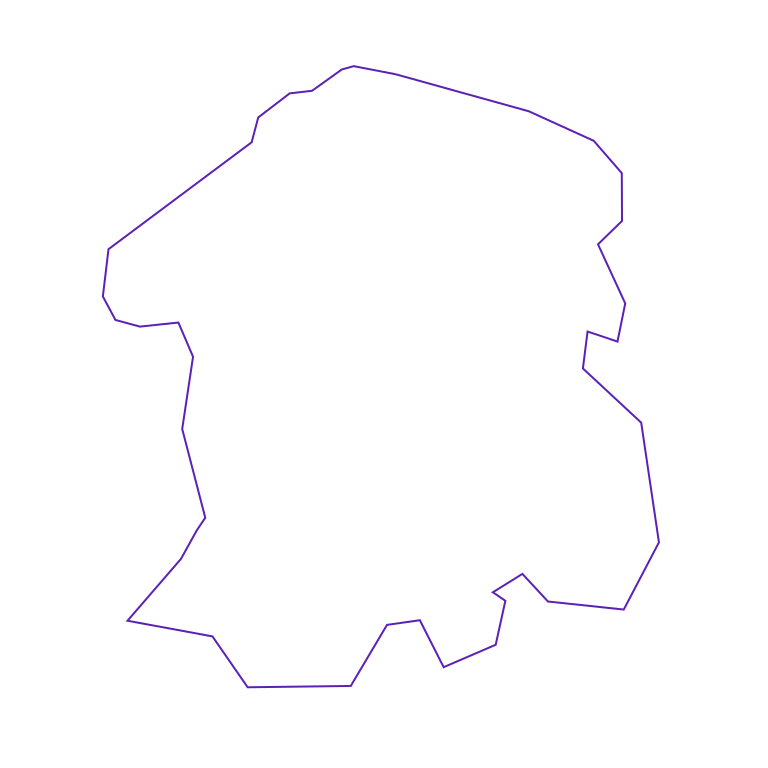 Melut, Upper Nile, South Sudan (Albers equal-area conic projection), rotated 5°
{"feature_id": "79223893B2646445325724", "entity_name": "Melut", "entity_type": "district", "adm_level": 2, "iso_a3": "SSD", "parent_name": "South Sudan", "parent_adm1": "Upper Nile", "projection": "albers", "projection_center": [32.581, 10.371], "detail": "fine", "context": "isolated", "style": "outline", "palette": "violet", "viewbox_px": 768, "rotation_deg": 5, "n_neighbors": 0, "source": "geoboundaries", "source_scale": "gbopen_adm2", "svg_char_len": 673}
<svg xmlns="http://www.w3.org/2000/svg" viewBox="0 0 768 768"><g transform="rotate(5 384 384)"><path d="M642.3,587.8L642.5,587.8L671.7,517.8L643.6,400.1L580.8,351.2L582.2,314.0L612.9,321.4L617.3,282.7L585.0,226.2L606.9,200.8L602.5,153.2L571.8,123.5L504.5,99.7L368.5,74.4L326.1,70.0L314.5,74.4L286.7,98.2L264.7,102.7L235.5,129.4L231.1,154.7L97.8,273.7L96.3,321.3L110.9,343.6L135.8,348.1L173.8,340.7L191.4,373.5L186.9,446.4L217.6,532.8L210.2,546.2L197.0,575.9L149.1,642.2L235.1,650.4L274.6,698.0L377.2,687.7L408.0,623.7L440.3,616.2L468.1,660.9L518.0,634.0L523.8,589.4L510.6,582.0L538.4,561.1L566.3,586.4L642.3,587.8Z" fill="none" stroke="#5b21b6" stroke-width="2"/></g></svg>